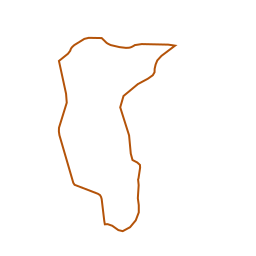 outline of Westmoreland, rotated 254°
{"feature_id": "JAM-1376", "entity_name": "Westmoreland", "entity_type": "Parish", "adm_level": 1, "iso_a3": "JAM", "parent_name": "Jamaica", "parent_adm1": "", "projection": "natural_earth1", "projection_center": [-78.09, 18.195], "detail": "fine", "context": "isolated", "style": "outline", "palette": "amber", "viewbox_px": 256, "rotation_deg": 254, "n_neighbors": 0, "source": "natural_earth", "source_scale": "10m", "svg_char_len": 909}
<svg xmlns="http://www.w3.org/2000/svg" viewBox="0 0 256 256"><g transform="rotate(254 128 128)"><path d="M194.2,195.9L188.1,180.0L184.9,174.8L181.5,172.1L177.5,169.9L174.3,168.9L171.9,166.4L169.9,160.7L167.5,149.6L160.0,132.5L150.0,126.2L120.6,127.0L102.6,123.6L96.0,123.5L92.3,127.4L89.2,129.3L86.5,128.7L76.7,124.2L75.7,123.5L70.1,122.5L57.8,118.1L50.9,117.1L43.9,115.1L37.1,110.0L32.1,102.7L30.3,94.5L32.5,90.6L38.4,85.9L41.2,81.9L41.8,79.2L45.4,79.6L66.9,83.1L69.1,83.1L71.2,82.6L73.1,80.9L88.1,61.0L90.4,60.3L140.0,60.1L143.7,60.6L147.2,61.7L169.2,76.1L178.0,77.9L211.5,80.1L215.9,90.7L218.2,93.8L219.2,94.4L220.0,95.1L220.7,95.9L221.3,96.8L222.5,99.2L225.7,110.6L225.5,115.1L221.7,127.5L215.7,130.9L214.3,132.2L212.5,134.2L208.1,142.1L205.6,148.1L204.9,151.0L204.8,152.4L204.9,153.7L205.4,156.2L205.8,157.3L204.9,164.3L197.0,189.8L194.2,195.9Z" fill="none" stroke="#b45309" stroke-width="2"/></g></svg>